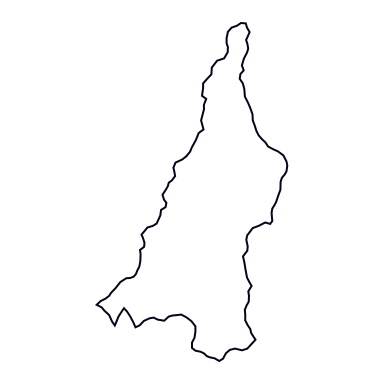 the district of Floreal, São Paulo, Brazil
{"feature_id": "56859067B4851192161748", "entity_name": "Floreal", "entity_type": "district", "adm_level": 2, "iso_a3": "BRA", "parent_name": "Brazil", "parent_adm1": "São Paulo", "projection": "orthographic", "projection_center": [-50.158, -20.647], "detail": "fine", "context": "isolated", "style": "outline", "palette": "ink", "viewbox_px": 384, "rotation_deg": 0, "n_neighbors": 0, "source": "geoboundaries", "source_scale": "gbopen_adm2", "svg_char_len": 2228}
<svg xmlns="http://www.w3.org/2000/svg" viewBox="0 0 384 384"><path d="M249.6,32.1L247.0,27.6L245.8,23.4L241.0,23.0L237.0,25.7L231.6,27.6L227.9,31.8L226.6,38.2L226.6,43.2L227.9,47.1L227.7,52.2L224.1,58.4L217.1,60.7L211.8,67.6L211.4,74.3L207.0,79.0L203.1,83.4L203.1,88.2L202.0,95.8L206.2,98.9L203.9,104.9L204.0,109.2L201.1,120.4L203.5,129.5L198.7,133.0L195.9,140.0L191.9,147.3L190.0,151.8L186.3,156.3L182.2,159.5L175.5,162.6L173.4,167.8L174.3,171.4L175.1,176.1L171.9,180.4L168.8,182.7L167.7,186.5L165.8,189.7L162.5,194.8L164.0,199.6L166.4,202.9L165.5,207.2L161.1,209.9L160.3,215.5L156.6,223.6L152.8,225.9L147.4,227.5L145.0,230.5L141.5,234.6L143.0,238.0L144.5,242.9L144.1,246.8L140.0,250.0L140.6,254.1L140.3,261.4L139.3,266.7L137.3,270.5L136.0,273.9L133.8,276.6L130.2,278.0L126.4,278.2L123.5,280.0L120.3,282.1L115.5,288.2L111.1,292.8L109.1,295.9L105.4,298.7L100.6,301.1L96.7,304.8L101.7,307.4L104.4,310.7L109.1,315.0L112.1,321.6L114.8,325.5L116.8,320.8L118.4,316.7L122.0,311.1L124.0,308.2L127.0,311.5L130.2,316.4L133.2,322.1L135.5,327.3L139.7,325.3L143.9,320.9L149.6,318.3L153.6,317.6L157.7,319.6L164.2,320.7L168.7,316.6L172.0,315.6L181.3,314.6L186.5,317.4L191.5,321.2L195.4,326.3L195.4,331.8L194.5,337.8L192.0,342.6L192.0,348.0L195.5,350.7L200.5,351.7L204.0,353.4L206.9,356.2L210.1,357.4L214.6,358.3L219.2,361.0L223.0,358.7L225.9,353.3L229.8,349.9L235.0,348.6L242.1,350.3L247.3,348.6L255.5,339.7L253.3,336.4L251.1,332.8L250.3,329.1L247.5,324.9L245.2,320.3L245.3,315.0L244.8,309.9L246.6,305.4L248.7,301.8L249.0,295.9L248.3,291.4L251.6,285.9L249.2,281.8L247.0,277.5L245.5,269.5L244.4,262.6L243.0,256.3L247.3,250.7L247.7,246.4L246.3,239.7L247.2,235.4L252.7,228.1L258.8,225.8L265.2,222.5L270.2,223.9L272.3,220.9L271.9,217.1L271.6,212.6L272.3,208.6L274.3,205.4L276.0,202.3L278.9,193.8L280.4,189.8L280.6,181.8L281.9,177.8L284.7,174.5L286.5,171.3L287.3,165.5L286.5,161.5L283.4,155.4L277.8,151.3L272.9,149.1L268.1,146.5L265.3,142.3L261.6,138.8L258.7,135.4L256.4,130.9L254.8,125.8L252.8,120.4L252.5,114.4L250.5,108.6L248.1,102.9L244.9,96.6L244.3,89.0L242.8,83.3L239.7,78.8L240.4,74.1L243.7,70.4L241.9,65.4L243.9,58.6L247.2,52.2L248.2,48.5L247.4,44.0L246.1,40.0L247.6,36.7L249.6,32.1Z" fill="none" stroke="#020617" stroke-width="2"/></svg>